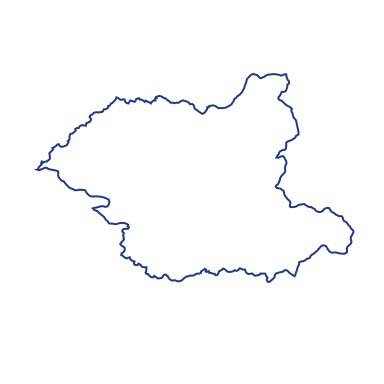 the district of Guarda-Mor, Minas Gerais, Brazil, rotated 69°
{"feature_id": "56859067B60921450270915", "entity_name": "Guarda-Mor", "entity_type": "district", "adm_level": 2, "iso_a3": "BRA", "parent_name": "Brazil", "parent_adm1": "Minas Gerais", "projection": "albers", "projection_center": [-47.118, -17.753], "detail": "fine", "context": "isolated", "style": "outline", "palette": "blue", "viewbox_px": 384, "rotation_deg": 69, "n_neighbors": 0, "source": "geoboundaries", "source_scale": "gbopen_adm2", "svg_char_len": 5956}
<svg xmlns="http://www.w3.org/2000/svg" viewBox="0 0 384 384"><g transform="rotate(69 192 192)"><path d="M171.7,290.5L173.7,289.7L176.1,287.1L178.4,286.2L182.4,283.8L184.0,283.0L186.1,282.6L187.6,282.1L189.1,281.2L190.9,280.9L192.0,280.2L193.1,277.4L194.8,274.8L194.9,272.6L195.4,269.2L196.1,267.7L197.2,265.7L198.3,264.4L199.7,263.4L200.9,264.4L202.3,263.5L203.4,264.8L202.5,267.3L202.1,269.0L202.8,270.8L204.2,271.2L205.7,270.3L206.9,271.0L208.0,272.0L209.3,271.8L210.6,272.4L212.0,272.6L213.9,276.3L215.0,277.7L216.6,277.1L219.4,274.9L221.3,275.2L222.9,276.3L223.8,278.4L224.1,279.8L225.4,280.7L226.4,279.8L229.6,277.8L230.6,276.8L230.4,275.2L230.7,273.5L232.6,273.7L234.1,273.1L236.4,270.6L237.7,271.8L239.0,271.8L240.3,270.4L240.7,268.7L239.7,267.7L241.2,266.2L243.4,265.8L245.0,264.0L245.9,261.5L249.3,263.0L250.5,264.2L252.0,264.0L252.6,262.6L254.6,261.9L256.8,260.7L257.8,258.5L256.8,257.3L260.5,254.8L261.4,251.0L259.4,248.1L259.5,246.3L262.2,244.7L263.7,244.7L265.0,244.3L267.4,242.6L268.4,239.3L270.0,237.9L270.9,235.5L270.9,233.6L269.7,230.3L268.9,227.3L269.4,225.9L269.3,223.8L270.3,221.5L270.5,219.2L269.8,217.6L270.8,214.2L270.8,212.7L269.4,211.9L269.0,210.2L268.9,208.7L268.3,207.5L269.7,206.6L271.2,207.7L272.0,206.6L271.9,204.7L273.7,204.9L274.5,203.1L276.0,201.4L276.5,200.1L278.2,199.8L278.5,198.4L277.6,196.7L275.8,195.3L275.4,192.2L274.6,190.3L275.9,189.1L279.1,187.4L280.1,185.8L280.6,183.7L280.7,181.7L280.3,180.1L281.5,179.0L281.5,176.8L280.3,175.0L281.0,173.8L282.1,172.9L282.9,171.8L283.3,170.3L285.6,170.5L287.6,169.9L288.7,168.7L289.2,167.3L289.6,165.1L292.6,163.5L293.0,162.1L293.5,158.8L292.6,157.3L293.5,155.9L293.8,154.2L294.5,152.9L295.9,152.8L297.2,152.9L299.0,152.2L300.8,153.8L303.0,153.5L303.7,152.0L301.9,146.9L300.9,145.2L299.2,144.5L298.1,142.5L298.6,137.9L299.0,135.6L298.2,133.6L298.7,131.9L300.4,130.8L302.6,129.9L307.4,126.4L306.5,125.2L305.0,124.3L303.2,122.6L299.8,120.0L297.9,118.0L295.9,117.1L296.0,114.9L296.5,112.9L296.3,110.8L295.6,108.7L295.8,107.0L295.5,105.3L294.4,104.5L293.6,102.8L293.2,100.7L291.7,96.0L290.9,94.8L288.8,90.7L288.7,89.1L289.4,87.5L290.7,86.3L295.2,85.5L297.6,84.5L298.9,82.9L299.8,79.6L301.7,77.0L303.3,74.2L304.2,71.9L304.0,69.2L302.4,68.2L300.2,67.8L299.0,66.6L298.3,65.3L297.7,63.4L296.8,61.8L295.5,60.9L293.4,60.7L291.7,60.3L290.6,59.5L289.8,58.2L287.6,55.9L286.3,55.3L284.8,55.7L283.7,56.4L282.4,56.8L280.7,56.8L279.1,57.7L276.4,58.4L275.0,59.1L273.7,60.3L271.9,60.8L270.4,60.5L268.5,60.7L267.8,61.8L267.3,63.3L264.8,65.7L263.0,66.6L260.7,68.6L259.4,69.2L257.9,69.4L256.1,69.8L255.2,71.5L255.1,73.1L255.4,75.0L256.2,76.2L256.7,77.5L256.6,79.7L255.9,81.2L254.6,82.5L253.2,83.4L251.7,83.6L250.4,85.0L248.8,86.0L248.1,88.0L245.3,90.4L243.5,91.5L242.4,96.1L242.4,97.6L242.8,99.6L242.7,101.6L242.1,103.8L241.4,105.4L240.1,105.8L237.5,104.0L235.7,103.9L232.3,105.6L228.4,106.6L226.7,106.6L225.2,106.2L223.6,106.1L222.1,107.3L220.4,108.3L218.6,111.5L216.7,111.8L215.8,110.3L215.5,108.8L213.3,106.5L210.7,104.7L209.0,102.7L207.4,99.1L206.2,97.6L202.8,96.5L201.3,95.7L199.0,93.5L196.4,92.9L194.9,93.4L192.4,93.5L190.8,94.6L190.8,97.1L191.0,98.8L190.1,100.8L188.4,98.8L187.8,97.6L186.4,96.6L185.6,95.1L185.3,92.3L185.9,90.1L185.1,88.8L181.9,87.1L179.7,86.4L179.2,84.7L179.1,80.1L178.7,77.9L178.2,76.1L177.0,74.9L176.3,71.8L173.3,70.9L166.4,69.9L162.5,69.2L158.5,70.5L156.6,70.3L154.4,69.9L152.8,70.3L151.3,70.0L150.2,68.9L147.5,70.3L144.8,72.8L138.8,75.7L138.0,76.8L136.9,77.7L135.3,77.8L134.3,77.0L133.3,75.0L130.6,72.3L131.4,70.6L131.5,68.6L129.9,66.9L128.4,65.7L127.3,65.0L125.9,64.5L125.4,62.5L123.1,61.8L121.7,62.5L117.6,62.4L115.9,61.8L115.2,63.5L115.4,65.5L115.3,67.1L114.1,68.2L111.3,73.1L109.7,79.0L109.8,81.3L110.2,82.6L110.4,84.1L110.2,87.4L108.8,88.3L107.4,88.7L106.2,89.4L103.6,92.7L103.9,95.4L106.3,100.2L110.1,102.9L112.0,104.9L114.1,106.3L115.0,107.7L116.5,109.2L118.2,112.4L119.0,115.8L120.0,117.2L120.2,118.8L122.0,120.6L124.0,123.3L124.7,125.0L124.9,126.9L125.4,129.8L124.6,133.8L123.9,134.9L123.1,137.5L120.9,138.7L118.7,141.1L117.9,145.1L119.0,146.0L118.3,147.4L120.1,148.2L122.4,151.6L122.8,154.4L119.3,156.9L117.3,158.0L115.8,159.3L114.1,159.7L112.8,159.3L111.3,159.4L109.9,160.3L109.3,162.5L107.3,162.9L105.6,164.6L103.2,167.6L103.3,170.4L103.9,172.4L103.3,173.7L102.8,176.6L101.7,177.9L101.0,179.9L98.5,181.0L97.3,182.2L95.0,183.2L94.2,184.6L92.9,185.4L91.5,186.7L90.5,188.2L90.4,191.4L91.8,191.5L91.5,192.9L93.5,193.4L92.8,194.8L93.2,196.6L94.6,198.7L93.1,199.6L91.8,201.1L90.1,202.4L91.0,203.8L89.0,204.9L87.4,206.4L86.9,207.7L85.4,207.9L85.2,210.8L86.3,211.8L87.3,213.2L84.4,216.8L86.5,219.7L85.3,221.3L83.6,222.0L82.2,221.7L81.0,222.2L80.5,225.4L78.9,226.7L77.4,227.5L76.6,228.7L78.5,230.4L80.3,234.3L80.5,236.1L82.0,238.2L81.8,239.6L83.3,240.3L83.8,242.7L83.2,244.8L84.6,246.0L85.1,247.4L84.5,248.9L84.4,250.7L83.3,252.4L82.8,255.0L83.9,257.3L84.1,259.7L85.5,260.8L86.9,260.1L88.4,260.5L89.8,261.8L89.6,263.3L90.1,264.5L89.8,265.8L90.8,266.6L92.1,267.3L90.1,270.7L90.3,273.2L91.7,274.9L91.1,276.3L91.4,278.5L93.1,278.7L93.9,280.8L94.5,282.7L94.2,284.9L96.3,286.5L98.5,287.3L99.5,288.3L99.8,289.7L101.2,289.4L102.2,290.8L103.3,291.8L103.5,294.1L103.2,297.7L101.5,299.1L99.7,299.1L99.4,300.8L100.4,302.7L100.8,304.5L100.9,306.6L102.5,306.4L104.7,311.3L109.1,312.3L110.3,313.0L111.5,316.6L110.9,318.7L111.3,320.5L109.7,321.2L110.9,322.5L112.4,322.5L113.9,326.2L115.6,327.3L115.5,328.7L116.9,327.1L116.7,320.0L117.6,318.8L119.2,317.7L123.3,311.2L124.5,309.7L126.4,310.0L129.1,311.2L130.6,311.1L133.9,310.1L135.3,309.1L136.1,307.9L139.3,307.0L143.4,305.2L144.7,304.3L146.6,302.1L148.4,300.7L149.2,298.4L149.6,296.0L151.6,292.0L152.4,291.0L154.2,290.8L156.1,290.4L158.2,289.3L159.6,288.2L160.4,286.8L161.9,282.5L163.7,278.9L164.9,277.0L167.0,274.6L168.2,273.4L169.4,272.5L171.6,272.6L173.1,273.7L174.4,274.9L175.1,276.2L174.9,277.9L174.2,279.2L173.2,280.5L172.7,282.4L172.3,286.4L171.9,288.3L171.7,290.5Z" fill="none" stroke="#1e3a8a" stroke-width="2"/></g></svg>